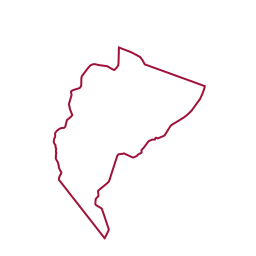 the border of Illizi, rotated 52°
{"feature_id": "DZA-2188", "entity_name": "Illizi", "entity_type": "Province", "adm_level": 1, "iso_a3": "DZA", "parent_name": "Algeria", "parent_adm1": "", "projection": "robinson", "projection_center": [8.244, 27.011], "detail": "fine", "context": "isolated", "style": "outline", "palette": "rose", "viewbox_px": 256, "rotation_deg": 52, "n_neighbors": 0, "source": "natural_earth", "source_scale": "10m", "svg_char_len": 2678}
<svg xmlns="http://www.w3.org/2000/svg" viewBox="0 0 256 256"><g transform="rotate(52 128 128)"><path d="M142.3,41.7L143.6,43.2L146.7,48.0L149.6,53.6L151.5,60.5L153.5,67.3L154.0,71.7L154.1,77.1L153.6,81.9L152.4,92.0L152.7,93.7L156.3,103.5L156.3,104.6L156.2,104.9L154.6,110.6L154.2,111.2L153.5,111.5L152.9,112.0L152.9,112.6L153.3,113.2L153.6,113.8L153.4,114.4L152.3,115.6L152.0,116.2L151.6,117.9L151.2,119.0L151.1,119.5L151.1,120.0L153.2,127.6L153.7,130.6L153.9,131.2L154.2,131.4L155.3,132.1L155.7,132.4L155.8,132.8L155.2,135.9L155.1,136.9L155.4,137.7L155.5,138.3L154.5,142.0L154.0,142.5L145.4,146.9L145.3,147.5L145.2,147.9L145.0,148.4L144.2,149.2L143.7,150.3L143.4,150.8L142.8,152.1L143.4,153.7L146.8,158.8L150.6,164.3L153.6,168.8L157.4,174.3L158.4,176.1L158.7,178.0L158.8,181.7L158.9,185.8L159.0,189.8L159.3,190.5L163.0,192.8L163.5,193.6L163.9,196.3L164.2,197.3L164.7,197.8L167.9,200.6L168.4,200.7L169.3,200.6L172.2,199.5L174.9,198.4L175.5,198.4L176.0,198.5L180.7,200.1L186.6,202.2L194.5,205.0L195.5,205.3L196.3,205.8L196.9,206.7L198.7,210.4L200.5,214.2L200.5,214.3L126.5,214.3L126.2,214.2L125.8,213.9L125.0,213.2L124.4,212.3L123.8,211.3L122.7,208.9L122.4,208.4L122.2,208.1L122.0,207.9L121.8,207.8L121.5,207.7L121.2,207.7L120.6,207.7L118.6,207.4L116.3,206.7L116.2,206.6L115.4,205.9L115.2,205.8L114.6,205.7L114.1,205.5L113.2,204.9L111.3,204.3L110.7,204.2L109.5,204.1L107.9,203.8L107.7,203.7L106.9,203.2L106.6,202.9L106.1,202.3L105.9,202.1L105.3,201.9L105.1,201.6L103.5,200.0L103.5,199.9L103.3,199.9L102.8,199.7L102.7,199.6L101.6,198.9L101.3,198.6L101.1,198.3L100.4,197.6L99.8,197.2L99.7,197.1L99.2,197.2L98.9,197.1L98.4,196.7L98.1,196.6L97.8,196.5L97.7,196.4L97.1,195.9L96.9,195.7L96.6,195.6L96.4,195.6L95.4,195.7L94.5,195.5L93.4,195.1L93.2,195.0L93.1,194.9L92.6,194.5L92.2,194.2L91.9,193.8L91.6,193.4L90.8,192.4L90.2,191.1L89.8,190.6L89.4,190.2L87.8,189.1L87.4,188.7L87.1,188.3L86.9,187.9L86.4,185.6L86.4,182.5L86.5,182.2L87.0,180.7L87.1,180.4L88.2,178.8L88.4,178.5L88.5,178.3L88.5,178.0L88.5,177.8L88.5,177.4L88.5,177.1L88.4,176.8L88.1,176.3L87.7,175.7L87.0,175.0L84.2,171.3L84.0,165.9L83.7,164.6L83.4,163.9L77.3,162.1L76.5,161.7L75.9,161.3L73.2,160.2L72.9,159.8L72.5,159.5L67.4,152.3L67.2,152.1L64.6,150.8L64.5,150.7L64.4,150.5L64.2,150.4L64.2,150.0L64.1,149.6L64.2,148.7L64.3,148.0L64.5,147.4L66.5,142.3L66.6,141.8L66.7,141.6L66.6,141.2L66.6,140.6L66.3,139.8L65.9,139.0L65.0,138.1L60.2,134.2L59.2,133.1L58.9,132.7L58.7,132.3L56.1,122.5L55.5,119.1L56.1,116.7L56.9,115.2L58.5,113.8L60.3,112.4L66.4,106.4L73.0,103.7L73.9,102.9L73.4,99.4L72.6,97.1L71.1,95.6L59.0,85.6L70.5,78.7L79.4,74.8L83.1,74.8L88.2,75.6L142.3,41.7Z" fill="none" stroke="#9f1239" stroke-width="2"/></g></svg>